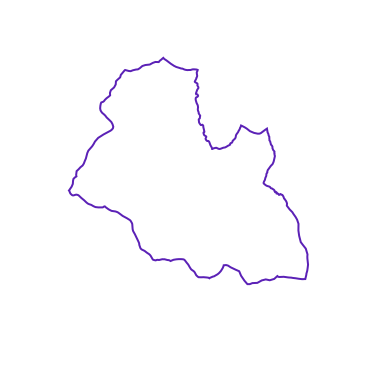 outline of Phobji, Wangdi Phodrang, Bhutan, rotated 143°
{"feature_id": "84629894B82295722957518", "entity_name": "Phobji", "entity_type": "district", "adm_level": 2, "iso_a3": "BTN", "parent_name": "Bhutan", "parent_adm1": "Wangdi Phodrang", "projection": "natural_earth1", "projection_center": [90.223, 27.427], "detail": "fine", "context": "isolated", "style": "outline", "palette": "violet", "viewbox_px": 384, "rotation_deg": 143, "n_neighbors": 0, "source": "geoboundaries", "source_scale": "gbopen_adm2", "svg_char_len": 6103}
<svg xmlns="http://www.w3.org/2000/svg" viewBox="0 0 384 384"><g transform="rotate(143 192 192)"><path d="M289.4,267.2L289.3,266.6L289.6,265.8L290.0,264.2L290.0,263.5L289.7,261.9L289.4,261.2L288.8,260.7L288.2,260.4L287.5,260.2L286.8,259.9L286.1,259.6L285.6,259.1L285.1,258.5L284.7,257.8L284.5,257.1L284.0,254.0L283.1,250.2L282.6,247.1L282.2,245.6L281.9,244.9L281.5,244.2L280.2,242.3L279.3,240.1L278.6,238.8L278.2,238.1L277.7,237.6L276.0,236.0L274.2,234.7L273.1,233.8L272.4,233.4L270.9,233.3L270.3,233.0L270.1,231.8L269.4,229.5L268.9,228.0L267.9,225.9L267.5,225.2L267.0,224.7L265.9,223.6L264.9,222.6L264.0,221.3L263.6,220.6L263.3,219.9L262.2,216.2L261.8,214.7L259.7,210.1L258.6,207.2L258.4,206.4L258.4,205.6L258.7,203.3L258.9,202.6L259.3,201.9L261.8,198.0L262.4,196.6L262.6,195.8L263.0,192.7L264.7,184.3L265.1,182.8L265.9,181.5L266.4,180.0L266.9,178.5L267.0,177.8L266.9,177.0L266.7,176.2L265.3,173.5L265.1,172.7L264.5,170.5L263.7,168.3L263.5,167.5L263.4,165.9L263.5,165.2L263.9,162.1L263.9,161.5L263.2,160.4L262.1,159.2L261.2,159.0L260.5,158.7L259.2,157.5L256.2,156.2L254.3,154.7L252.6,152.5L251.6,151.6L251.1,150.9L250.7,149.8L247.6,149.0L245.1,147.7L243.2,146.5L241.4,145.2L239.7,143.7L239.2,143.1L238.9,142.4L238.8,141.6L238.8,140.8L238.8,138.5L238.7,136.9L238.7,136.2L239.1,133.0L239.2,131.5L239.2,130.7L239.0,129.9L238.3,127.7L238.2,126.9L238.2,126.1L238.7,123.0L238.6,122.3L238.3,120.7L238.0,120.0L236.8,119.0L233.8,116.8L231.6,114.8L230.5,113.7L230.0,112.6L229.4,112.7L228.4,112.4L226.3,111.9L225.2,111.4L221.1,110.9L219.1,111.0L216.5,111.5L213.4,112.7L211.5,113.8L210.8,114.4L208.8,113.2L207.6,111.7L206.4,108.5L203.8,103.5L202.0,100.3L203.2,95.6L203.5,89.6L203.2,85.1L201.2,83.6L198.6,82.9L194.5,80.1L189.5,79.4L185.7,77.8L183.0,74.7L178.6,73.1L174.4,73.5L174.2,72.4L173.2,71.4L169.8,69.1L166.3,65.6L164.4,64.0L163.1,62.6L161.1,60.7L159.0,58.5L156.5,56.1L153.9,54.3L150.5,57.1L149.8,57.9L147.4,59.7L144.7,62.4L143.0,64.2L139.9,69.4L138.7,71.1L137.3,72.7L136.1,75.9L135.2,78.3L135.3,82.6L135.3,86.5L132.8,92.5L130.2,97.2L126.1,102.5L124.7,106.7L124.3,109.8L124.2,113.4L124.0,115.5L124.5,119.3L124.5,124.0L123.0,125.7L122.5,127.3L122.3,128.5L122.3,129.7L122.3,130.2L122.2,130.8L122.4,131.3L121.7,133.5L121.6,135.3L122.2,136.0L122.3,136.6L122.6,137.1L123.7,137.1L124.2,137.3L124.1,138.4L124.4,138.8L124.5,139.4L125.0,139.4L125.3,139.9L124.9,140.3L124.7,140.9L124.9,141.5L125.4,141.4L125.7,141.8L125.4,142.3L125.6,142.9L125.3,143.4L125.2,144.0L125.4,145.1L125.7,145.6L126.0,146.7L126.4,147.1L126.7,147.6L126.7,148.8L126.8,149.4L127.1,149.9L128.4,151.7L128.7,152.2L129.1,153.3L129.6,155.6L129.4,156.1L129.0,156.5L128.0,157.1L126.5,157.8L124.8,159.2L124.3,159.5L123.8,159.7L123.3,160.0L122.9,160.3L122.1,161.2L121.7,161.6L121.3,161.9L120.2,162.2L119.5,163.1L118.1,164.0L117.6,164.1L113.4,165.4L112.3,165.6L111.2,165.7L110.7,165.9L109.2,166.7L108.3,167.3L104.5,170.5L104.1,170.9L103.7,172.0L103.4,172.5L103.0,172.9L102.9,173.5L102.6,173.9L102.1,174.2L101.8,174.7L101.8,175.3L101.9,176.5L101.5,178.2L101.3,178.7L100.6,179.6L100.4,180.2L100.3,180.8L100.4,182.4L100.2,182.9L99.9,183.4L99.6,184.4L99.3,184.9L99.1,185.4L99.1,186.0L99.1,186.6L98.1,188.0L97.9,188.5L97.1,189.4L97.0,190.0L96.7,191.2L96.2,192.2L96.0,192.7L95.8,194.0L94.0,197.5L96.0,197.6L101.4,197.6L102.8,197.9L104.4,199.0L106.9,201.9L109.1,205.7L110.1,209.6L111.0,212.0L112.2,214.5L112.8,215.6L114.3,214.5L115.0,214.3L115.8,213.7L116.5,213.3L117.9,212.8L118.9,212.2L120.1,211.8L120.8,211.6L121.8,211.3L122.8,210.8L124.0,209.6L124.9,209.0L125.4,208.8L128.7,208.4L129.1,208.0L130.1,207.5L130.6,207.4L131.6,207.7L132.2,207.7L132.7,207.4L133.0,206.9L134.1,207.0L135.6,207.3L137.2,207.4L138.3,207.6L138.8,207.7L140.3,208.5L143.4,209.4L143.9,209.7L144.4,210.0L145.2,211.2L145.7,212.2L146.0,212.7L146.5,213.0L148.5,213.9L149.0,214.1L149.6,214.0L150.0,214.3L149.7,214.8L149.4,216.0L149.2,217.7L149.1,218.3L148.1,221.6L148.1,222.2L148.2,222.8L148.6,223.2L149.1,223.5L149.3,224.0L149.4,224.6L149.4,225.1L149.2,226.2L148.9,226.6L147.4,227.4L147.3,227.9L147.4,228.5L147.9,229.5L148.0,230.1L147.9,230.7L147.5,231.8L147.3,232.3L146.8,232.6L146.3,232.4L145.9,232.6L144.9,234.7L144.0,236.8L143.1,238.3L143.1,238.9L143.3,239.5L144.4,239.9L144.7,240.3L144.7,240.9L144.7,242.1L144.5,243.2L144.3,243.7L143.7,244.6L143.2,245.6L142.7,246.0L141.7,246.1L141.2,246.3L140.5,247.2L139.6,247.9L139.5,248.4L139.4,250.2L139.3,250.8L138.7,251.7L138.4,252.9L138.0,253.9L137.7,254.4L136.9,255.3L136.2,256.0L135.7,256.9L135.2,257.9L134.9,259.6L134.8,260.2L133.8,262.9L133.2,264.0L132.4,264.8L131.9,265.0L131.3,264.9L130.3,264.8L129.8,264.9L129.3,265.1L129.0,266.1L129.0,266.7L129.3,267.2L129.8,267.5L129.7,268.1L129.3,268.5L126.5,270.4L125.5,270.8L124.5,271.1L124.1,271.5L123.8,272.0L123.6,273.8L123.2,274.3L122.8,274.6L122.5,275.1L122.5,275.7L123.4,277.8L123.4,278.4L123.0,278.7L120.5,279.9L120.0,280.2L119.7,280.6L118.7,281.0L118.0,281.6L117.7,282.1L117.2,283.1L116.3,284.6L115.9,284.9L115.2,285.2L114.0,286.0L114.3,286.6L114.9,287.3L116.6,288.8L117.6,289.5L118.5,289.9L119.9,290.4L120.6,291.0L122.3,292.1L123.3,293.1L124.0,293.9L124.6,294.8L125.0,295.6L125.4,296.3L126.3,297.1L127.4,298.7L129.3,301.3L130.4,303.5L131.7,307.1L133.1,312.1L134.1,315.0L134.2,316.4L137.4,316.2L138.7,316.2L140.4,315.8L143.0,317.9L145.6,318.7L149.0,319.2L152.9,321.5L155.8,322.5L159.3,322.3L161.4,322.5L163.0,323.5L166.0,324.8L168.2,325.4L169.5,326.5L172.0,329.7L172.6,329.7L176.0,328.9L178.3,328.4L180.4,326.8L184.1,326.5L186.1,326.2L188.2,323.8L191.3,322.4L195.6,322.1L197.9,320.5L199.2,318.5L200.6,318.3L203.8,318.3L206.2,318.0L207.3,317.6L208.5,317.5L210.6,318.1L211.5,317.6L213.3,316.0L215.0,314.1L215.9,312.3L216.1,310.9L216.1,309.2L215.6,307.1L215.3,305.2L215.3,302.9L214.6,298.7L214.3,296.4L214.7,293.9L215.6,291.5L216.9,290.4L218.7,290.0L220.2,290.0L228.0,291.2L232.0,291.5L234.3,291.7L239.1,290.7L241.7,289.5L244.2,288.6L249.9,287.4L252.2,286.1L256.6,282.6L258.9,281.3L261.3,279.8L263.4,279.0L266.2,278.9L268.9,278.4L271.6,278.1L274.3,275.3L274.9,274.0L276.9,274.1L278.8,273.8L280.2,272.6L282.3,270.2L284.9,268.7L289.4,267.2Z" fill="none" stroke="#5b21b6" stroke-width="2"/></g></svg>